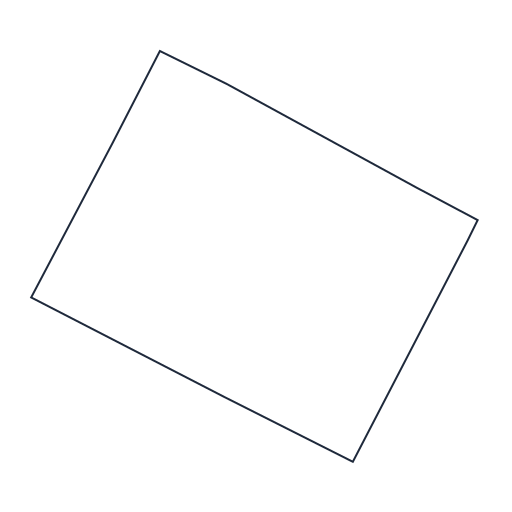 Wayne, Illinois, United States of America, rotated 27°
{"feature_id": "52423323B46335628261152", "entity_name": "Wayne", "entity_type": "district", "adm_level": 2, "iso_a3": "USA", "parent_name": "United States of America", "parent_adm1": "Illinois", "projection": "robinson", "projection_center": [-88.446, 38.431], "detail": "fine", "context": "isolated", "style": "outline", "palette": "slate", "viewbox_px": 512, "rotation_deg": 27, "n_neighbors": 0, "source": "geoboundaries", "source_scale": "gbopen_adm2", "svg_char_len": 281}
<svg xmlns="http://www.w3.org/2000/svg" viewBox="0 0 512 512"><g transform="rotate(27 256 256)"><path d="M74.5,395.0L292.0,396.0L435.7,395.4L437.5,146.4L437.2,123.4L368.0,122.2L151.9,116.0L77.3,117.0L76.9,221.3L74.5,395.0Z" fill="none" stroke="#1e293b" stroke-width="2"/></g></svg>